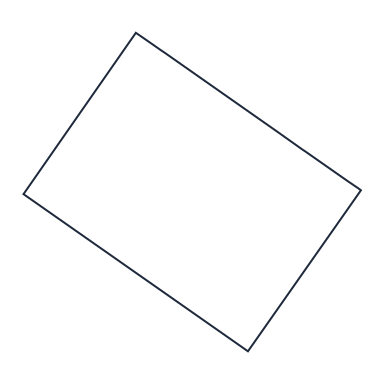 Emmet, Iowa, United States of America, rotated 35°
{"feature_id": "52423323B99839165344534", "entity_name": "Emmet", "entity_type": "district", "adm_level": 2, "iso_a3": "USA", "parent_name": "United States of America", "parent_adm1": "Iowa", "projection": "mercator", "projection_center": [-94.714, 43.378], "detail": "fine", "context": "isolated", "style": "outline", "palette": "slate", "viewbox_px": 384, "rotation_deg": 35, "n_neighbors": 0, "source": "geoboundaries", "source_scale": "gbopen_adm2", "svg_char_len": 347}
<svg xmlns="http://www.w3.org/2000/svg" viewBox="0 0 384 384"><g transform="rotate(35 192 192)"><path d="M329.2,290.4L329.4,93.7L326.9,93.6L313.3,93.8L260.7,93.8L257.8,93.9L228.6,93.7L89.6,93.6L87.7,93.6L86.3,93.7L79.0,93.7L78.2,93.7L70.6,93.7L54.7,93.8L55.0,221.2L55.2,290.4L329.2,290.4Z" fill="none" stroke="#1e293b" stroke-width="2"/></g></svg>